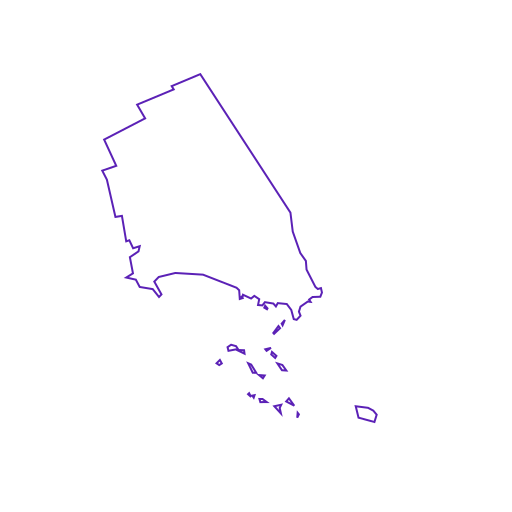 the district of Kien Luong, Kiên Giang, Vietnam, rotated 304°
{"feature_id": "81297802B41363610148385", "entity_name": "Kien Luong", "entity_type": "district", "adm_level": 2, "iso_a3": "VNM", "parent_name": "Vietnam", "parent_adm1": "Kiên Giang", "projection": "robinson", "projection_center": [104.552, 10.196], "detail": "medium", "context": "isolated", "style": "outline", "palette": "violet", "viewbox_px": 512, "rotation_deg": 304, "n_neighbors": 0, "source": "geoboundaries", "source_scale": "gbopen_adm2", "svg_char_len": 1975}
<svg xmlns="http://www.w3.org/2000/svg" viewBox="0 0 512 512"><g transform="rotate(304 256 256)"><path d="M214.3,122.4L195.6,140.2L198.2,142.2L193.7,149.8L199.1,154.1L194.1,156.0L184.5,152.1L172.8,163.7L165.6,160.5L169.2,169.6L165.3,176.9L170.8,188.9L167.8,198.5L171.3,199.1L177.9,186.0L184.2,187.1L196.8,198.6L210.9,222.5L218.8,257.6L218.2,261.2L211.3,266.6L213.6,268.4L214.4,266.0L214.2,267.9L216.6,266.9L218.0,275.7L222.0,276.9L222.0,282.8L216.5,285.1L218.6,288.9L222.7,289.2L226.3,297.0L225.3,300.7L229.1,300.4L233.4,308.4L231.0,315.4L224.8,322.6L225.8,325.4L231.4,326.3L233.9,322.7L238.9,321.2L247.2,324.4L248.5,326.9L249.6,324.4L253.6,325.8L258.2,332.1L262.6,331.1L265.7,327.8L263.2,325.7L263.6,322.5L273.0,305.5L279.8,300.1L283.2,291.1L296.8,272.8L311.2,260.3L375.6,108.1L349.7,91.1L348.1,94.6L315.0,72.8L308.1,87.1L267.6,65.0L252.6,89.7L240.8,80.8L235.9,89.7L209.8,117.6L214.3,122.4ZM192.8,433.8L187.2,422.7L179.3,431.4L184.6,447.0L191.9,444.8L193.4,439.7L192.8,433.8ZM164.5,283.4L162.0,286.2L167.2,291.4L168.6,301.1L171.2,298.8L168.3,294.1L170.1,289.9L168.5,285.0L164.5,283.4ZM146.8,360.1L141.7,355.2L139.4,364.7L143.3,360.6L146.8,360.1ZM178.0,345.2L180.4,338.8L178.9,333.8L175.8,341.4L178.0,345.2ZM163.3,312.7L162.7,309.5L157.4,318.6L159.3,321.5L163.3,312.7ZM210.5,313.8L201.9,313.4L201.6,314.5L209.6,316.3L210.5,313.8ZM156.4,362.9L152.3,362.4L153.3,371.4L156.4,362.9ZM147.8,287.7L149.6,284.2L145.0,283.3L145.0,286.5L147.8,287.7ZM185.4,322.9L182.9,323.7L182.2,328.9L184.6,328.8L185.4,322.9ZM139.4,338.8L137.3,341.3L140.9,346.6L141.1,341.4L139.4,338.8ZM183.3,317.8L188.2,319.8L183.9,315.9L183.3,317.8ZM158.5,330.1L161.8,330.0L159.0,325.1L158.5,330.1ZM219.1,315.7L214.3,315.1L213.4,316.8L219.1,315.7ZM145.0,380.6L148.7,380.1L149.3,378.2L145.0,380.6ZM219.9,291.4L217.8,291.8L218.0,294.9L219.0,294.8L219.9,291.4ZM138.4,327.0L137.0,326.7L136.4,330.7L138.4,327.0ZM137.3,333.3L139.8,332.6L138.2,331.0L137.3,333.3Z" fill="none" stroke="#5b21b6" stroke-width="2"/></g></svg>